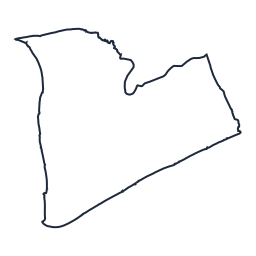 the district of Tanah Laut, Kalimantan Selatan, Indonesia
{"feature_id": "22746128B54914598899185", "entity_name": "Tanah Laut", "entity_type": "district", "adm_level": 2, "iso_a3": "IDN", "parent_name": "Indonesia", "parent_adm1": "Kalimantan Selatan", "projection": "robinson", "projection_center": [114.872, -3.844], "detail": "fine", "context": "isolated", "style": "outline", "palette": "slate", "viewbox_px": 256, "rotation_deg": 0, "n_neighbors": 0, "source": "geoboundaries", "source_scale": "gbopen_adm2", "svg_char_len": 5361}
<svg xmlns="http://www.w3.org/2000/svg" viewBox="0 0 256 256"><path d="M120.9,54.5L120.3,54.7L120.0,54.5L119.1,53.3L117.8,52.2L117.5,51.4L117.1,51.0L117.2,50.1L116.3,49.2L115.3,48.6L114.1,48.1L114.2,47.5L114.5,47.1L114.8,47.1L114.9,46.6L114.8,46.2L113.6,45.0L113.3,44.3L113.1,43.7L113.6,43.1L113.6,42.8L113.5,42.4L113.4,42.3L112.8,42.1L112.8,41.8L113.0,41.6L113.0,41.2L112.8,41.1L111.3,40.9L110.1,42.2L109.9,42.9L109.7,43.2L109.1,43.0L108.6,43.0L108.1,42.5L107.6,42.3L107.7,41.5L107.6,40.9L107.3,40.6L107.0,40.7L106.1,41.2L105.9,41.1L105.5,40.6L105.4,40.6L105.5,40.9L105.4,40.9L105.0,40.5L105.2,40.3L105.0,40.1L105.2,39.8L104.9,39.6L104.7,39.8L104.6,40.5L104.5,40.8L104.3,40.7L103.7,40.5L103.2,40.3L102.9,40.4L102.6,40.3L102.5,39.9L102.1,39.9L101.9,39.7L101.5,39.5L101.2,39.0L101.0,38.9L100.3,38.3L100.0,37.9L99.8,38.0L99.3,37.6L99.0,37.7L98.7,37.5L98.5,37.3L98.5,37.0L98.6,36.6L98.5,36.4L98.2,36.2L98.1,35.9L98.1,34.8L98.2,34.7L98.1,34.2L98.1,33.6L97.8,32.9L97.5,33.0L96.9,32.7L95.7,32.7L95.1,32.4L94.2,32.7L93.1,32.8L92.8,32.7L92.5,32.7L92.3,32.9L91.8,33.0L91.5,32.8L90.6,32.9L89.2,32.5L88.4,32.4L86.7,31.6L86.3,31.6L86.4,31.3L86.2,30.7L85.8,30.3L85.6,30.4L85.3,30.5L85.1,30.1L84.9,30.1L84.3,30.4L84.1,30.1L83.6,29.9L83.1,29.6L82.2,29.5L82.0,29.4L81.8,29.2L81.2,29.4L79.5,28.8L78.0,28.9L77.5,28.8L72.6,29.1L71.0,29.4L67.5,29.5L65.5,29.8L58.7,31.3L54.6,32.5L52.0,32.9L42.5,35.2L40.8,35.7L40.1,36.2L38.5,35.8L33.5,35.8L29.7,36.4L25.6,37.2L23.8,37.4L21.2,37.9L19.0,38.2L16.0,38.9L15.4,39.2L16.2,39.8L17.1,39.8L17.4,39.9L18.1,39.9L20.2,40.8L21.5,41.1L21.8,41.3L22.4,41.8L23.3,41.9L23.9,42.2L24.6,42.7L25.4,42.9L25.6,42.9L25.8,42.6L25.7,42.2L26.0,42.6L26.4,42.4L26.2,43.2L26.4,43.9L26.7,44.3L26.9,44.9L27.3,45.2L27.7,46.0L27.9,45.9L28.4,46.6L29.3,47.0L29.6,47.3L30.2,48.8L30.5,49.5L31.4,50.8L32.4,52.8L33.1,53.9L34.0,55.0L34.7,56.1L36.4,58.4L38.2,62.1L40.1,67.0L41.2,70.4L41.8,73.4L41.8,73.8L42.2,76.5L42.5,77.4L42.5,79.2L42.8,83.0L43.0,87.5L43.2,88.8L43.0,89.2L42.7,92.4L42.3,92.3L42.0,92.7L41.3,94.7L40.5,96.6L40.2,97.4L39.5,103.0L39.5,103.9L39.1,110.0L39.1,111.2L39.5,112.6L39.3,113.1L39.4,113.4L39.1,113.6L38.8,114.0L38.7,114.0L38.6,114.6L38.2,115.5L38.1,116.3L37.9,116.9L38.1,118.1L38.5,123.8L39.4,128.3L39.4,128.9L39.6,129.7L39.5,129.9L40.1,133.4L40.1,134.3L39.6,134.8L39.6,135.4L39.5,135.5L39.5,135.8L39.9,137.5L39.7,138.2L39.7,141.1L41.1,147.4L41.0,147.6L40.8,147.8L41.3,148.4L41.5,149.5L41.7,150.3L41.9,150.5L41.8,151.0L41.8,151.6L42.2,152.8L44.4,163.4L44.7,164.1L45.1,164.8L44.8,165.2L44.7,165.6L44.6,167.1L45.6,171.6L46.1,174.5L46.8,180.0L46.9,183.0L46.9,188.3L47.1,188.8L46.9,188.9L46.8,189.1L46.5,191.8L46.2,192.8L45.9,193.2L45.5,193.3L44.9,193.0L44.3,193.1L43.6,193.7L43.5,193.9L43.9,194.1L44.1,195.0L44.4,195.6L44.4,196.9L44.4,197.2L44.2,197.3L44.7,200.8L44.9,204.9L44.8,213.4L44.9,214.0L44.8,214.9L45.1,218.6L44.8,219.6L44.1,220.5L43.3,221.2L42.4,221.6L42.2,221.9L42.3,222.1L42.6,222.5L43.7,223.9L45.2,224.9L46.6,225.7L47.4,226.0L48.7,226.3L51.8,226.9L52.7,227.1L55.4,227.2L57.4,227.1L59.2,226.9L62.0,226.1L64.1,225.4L68.6,223.3L74.0,220.3L77.5,218.1L83.2,214.1L83.4,213.9L82.4,214.6L82.2,214.6L83.6,213.5L84.8,213.1L89.3,210.2L93.9,207.5L94.8,206.9L98.3,204.9L98.8,204.4L100.2,203.8L105.3,200.7L110.2,198.0L120.5,192.5L122.0,191.9L122.2,191.7L122.5,191.7L122.4,191.3L122.3,191.1L122.3,191.6L122.1,191.7L122.1,191.2L122.4,190.9L122.5,191.1L123.4,190.9L124.0,190.6L128.4,187.5L131.5,185.8L134.2,184.1L134.6,183.9L134.9,184.0L135.1,184.4L135.3,184.3L135.0,183.9L135.2,183.6L136.1,182.8L138.3,181.5L138.2,181.2L138.7,180.8L140.1,180.2L139.5,180.7L143.7,178.2L147.4,176.2L152.8,173.7L155.7,172.1L158.8,170.7L159.1,170.4L159.8,170.2L163.9,168.3L169.3,166.4L173.4,165.2L173.9,164.9L174.5,164.7L174.6,163.9L174.9,163.7L175.1,163.9L175.4,163.9L175.6,163.7L176.1,163.7L177.7,162.7L178.1,162.6L178.8,162.3L178.8,161.9L179.2,161.5L179.5,161.6L180.9,161.0L184.8,159.0L186.7,157.8L187.5,157.5L190.4,155.8L192.2,155.0L196.5,152.8L202.2,150.2L204.9,149.2L205.9,149.0L206.6,149.0L206.9,148.6L207.0,147.6L207.3,147.3L207.6,147.5L207.8,147.5L208.6,147.7L209.5,147.3L213.1,145.1L216.6,143.5L218.4,142.5L222.8,140.8L223.5,140.3L223.9,140.2L224.0,139.9L225.3,139.6L226.6,139.0L228.0,138.3L227.9,138.2L228.1,138.2L229.3,137.8L234.6,135.5L237.1,134.5L238.3,134.0L239.2,133.7L239.6,133.5L239.8,133.1L240.0,133.0L240.6,132.5L240.3,131.5L239.1,130.9L238.2,131.0L238.2,130.0L237.8,128.9L238.4,126.9L239.1,126.7L239.2,124.6L238.4,122.8L238.4,121.3L238.0,120.3L237.3,119.8L236.4,119.5L235.7,119.4L234.8,119.1L234.2,118.0L234.0,116.9L233.2,115.6L233.0,114.3L232.3,112.9L232.4,111.5L231.8,110.7L231.8,109.6L231.1,108.8L230.9,108.8L224.9,96.2L223.6,91.3L220.4,88.5L220.1,88.4L219.8,87.2L219.5,86.5L218.5,85.6L218.0,84.9L217.0,83.0L215.1,79.2L213.1,74.8L211.8,70.9L210.7,67.8L210.3,65.6L206.6,54.6L205.8,55.1L203.9,56.8L199.2,58.0L193.4,58.1L191.2,58.8L186.8,61.7L182.0,65.8L181.0,66.1L173.8,65.9L171.9,67.2L169.6,69.3L167.8,71.2L165.4,74.8L164.5,75.4L163.7,76.2L150.3,81.5L144.9,83.3L144.4,83.7L142.3,85.9L141.6,86.2L137.5,85.4L136.9,86.3L135.9,89.0L134.0,92.3L132.8,93.6L130.5,94.5L128.8,94.5L127.1,94.0L126.3,93.5L125.3,92.1L125.2,89.9L124.8,88.6L124.7,86.6L124.9,81.8L127.4,75.8L133.5,67.3L133.7,65.2L133.5,64.2L132.5,62.2L130.7,60.0L123.6,58.6L122.3,58.6L121.1,58.8L120.6,58.7L120.2,58.2L120.1,57.7L120.8,55.2L120.9,54.5Z" fill="none" stroke="#1e293b" stroke-width="2"/></svg>